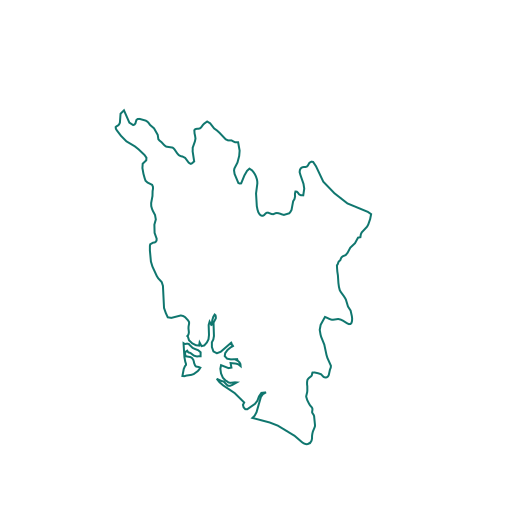 an SVG outline of Littoral, rotated 332°
{"feature_id": "CMR-1476", "entity_name": "Littoral", "entity_type": "Province", "adm_level": 1, "iso_a3": "CMR", "parent_name": "Cameroon", "parent_adm1": "", "projection": "equal_earth", "projection_center": [10.043, 4.313], "detail": "fine", "context": "isolated", "style": "outline", "palette": "teal", "viewbox_px": 512, "rotation_deg": 332, "n_neighbors": 0, "source": "natural_earth", "source_scale": "10m", "svg_char_len": 5903}
<svg xmlns="http://www.w3.org/2000/svg" viewBox="0 0 512 512"><g transform="rotate(332 256 256)"><path d="M215.7,446.6L215.7,446.2L213.6,446.4L212.2,445.9L211.1,444.9L210.1,443.7L209.2,442.0L205.7,433.0L195.6,416.0L189.9,409.4L176.8,397.3L179.8,396.4L183.1,394.2L194.2,382.7L197.2,381.2L200.8,381.1L196.5,379.4L192.7,381.4L189.2,384.5L185.6,386.1L176.3,387.2L174.6,386.2L174.0,383.8L174.6,381.3L176.8,379.8L172.8,367.0L166.3,354.9L164.5,350.3L163.7,346.0L167.1,350.5L167.9,351.0L168.6,351.9L169.7,355.8L170.3,357.3L172.0,358.4L174.4,358.7L179.6,358.6L178.2,357.7L173.9,356.0L172.6,355.0L172.0,354.2L171.7,353.3L170.7,351.7L169.6,347.9L170.0,343.2L171.6,338.8L173.9,336.0L179.1,342.1L181.9,343.0L183.3,338.6L187.8,341.6L189.6,343.4L190.7,346.0L191.5,344.1L191.5,342.2L190.9,340.3L189.8,338.6L190.3,338.5L191.7,338.6L185.3,335.5L182.3,333.1L181.4,329.7L183.2,327.3L186.7,325.6L190.5,324.8L193.4,324.7L193.4,323.9L193.2,323.4L192.5,322.2L192.9,322.0L193.2,322.0L193.4,321.8L193.4,320.9L179.9,324.0L175.8,323.5L173.6,320.3L174.3,315.7L176.5,311.5L179.1,309.7L181.3,306.9L187.2,294.9L191.2,292.2L191.8,291.2L192.4,289.4L192.0,288.3L189.8,289.6L187.3,292.1L186.1,293.8L185.1,295.9L184.2,295.9L184.2,292.2L181.8,294.7L177.4,303.7L174.9,307.3L172.0,309.3L168.3,310.7L165.6,310.0L165.6,305.9L163.7,308.4L161.1,306.6L158.7,303.2L157.3,299.0L158.1,294.7L157.9,294.4L158.8,294.1L159.8,293.3L160.9,291.9L162.4,288.2L163.4,286.5L165.1,284.4L165.9,282.9L165.8,281.0L164.7,276.8L163.6,274.9L161.7,273.2L152.2,270.9L149.3,268.7L149.6,263.9L150.4,258.7L159.8,238.7L160.5,234.8L159.2,229.8L159.0,227.1L159.6,216.7L160.6,211.6L164.9,201.3L167.1,197.2L168.1,196.0L171.3,195.9L173.0,196.5L174.1,196.4L175.4,195.7L176.4,194.1L177.3,188.0L181.0,180.6L184.7,176.7L186.1,172.4L186.1,167.7L186.3,165.6L186.9,162.8L188.3,160.0L192.7,154.5L195.2,150.1L196.6,148.3L197.5,146.5L197.7,144.4L194.7,140.2L193.8,137.7L194.2,135.1L195.2,130.6L197.0,125.0L199.3,121.3L204.0,120.0L205.4,117.8L205.0,114.5L202.4,106.7L200.5,102.3L195.4,93.9L193.2,86.5L192.1,79.7L192.0,77.9L192.6,76.3L193.7,76.0L195.2,76.0L196.8,75.6L198.4,74.4L203.2,66.8L207.8,65.4L206.8,78.8L209.0,82.7L210.4,82.9L211.8,82.3L213.1,80.9L214.4,79.7L215.9,79.5L217.7,80.4L222.2,84.7L223.1,86.3L223.6,87.7L224.0,90.6L225.9,95.4L226.1,102.9L224.6,107.1L224.8,107.9L225.0,108.8L226.0,111.1L226.9,114.6L227.5,116.2L228.1,117.3L233.2,121.1L233.7,122.1L234.1,123.6L234.6,128.3L235.1,130.4L235.2,130.7L235.9,131.8L237.0,133.1L237.7,133.5L239.5,136.1L240.4,142.0L241.5,143.9L242.2,144.1L242.7,144.1L243.1,144.1L244.0,143.9L244.5,143.7L245.8,143.5L249.2,133.8L250.2,132.1L250.9,130.7L255.9,126.1L257.7,123.9L258.6,121.4L259.3,118.9L260.6,116.0L261.9,115.5L263.5,115.9L264.9,116.6L266.4,117.0L267.9,116.7L270.8,115.3L272.4,114.8L276.0,114.3L277.8,117.3L278.9,123.7L280.4,126.7L281.6,130.0L284.0,138.7L285.6,140.8L288.6,142.4L289.9,144.4L291.0,145.8L293.6,147.2L291.0,155.3L288.1,159.8L283.5,164.8L278.0,168.6L276.8,170.1L275.6,173.5L274.7,183.3L275.7,184.4L277.0,184.9L283.6,179.4L288.1,176.6L291.2,175.8L292.7,178.5L293.2,181.0L293.4,183.4L293.3,185.7L292.8,188.7L292.2,190.6L291.3,192.5L285.4,200.8L280.1,212.4L279.1,215.7L278.6,218.5L278.7,220.3L278.9,221.4L279.2,222.1L279.7,222.9L280.9,223.7L282.4,223.7L284.0,223.1L285.5,222.8L286.9,223.3L289.5,226.3L290.9,227.2L292.0,227.3L293.4,227.4L294.3,227.7L295.7,228.6L297.2,230.0L298.3,231.3L299.9,232.8L305.4,233.9L307.1,233.2L309.0,232.0L314.5,225.1L316.7,223.8L318.5,221.7L318.9,220.7L319.7,219.2L321.1,217.6L322.2,218.3L322.7,219.6L323.0,221.8L324.0,223.3L326.2,224.6L330.2,219.2L331.8,214.6L333.3,205.1L333.9,202.4L335.2,200.6L336.7,199.6L338.4,199.4L340.1,199.9L341.6,200.7L343.0,200.9L344.2,200.5L346.7,198.9L348.2,198.7L349.4,198.8L350.6,199.8L351.1,205.0L350.3,222.0L354.7,237.4L361.4,252.5L375.5,269.6L376.0,270.6L377.3,273.1L374.1,277.0L369.9,280.9L368.7,281.7L367.7,282.3L360.4,284.8L358.7,286.1L357.0,288.4L354.7,287.7L349.4,291.2L343.2,292.9L338.3,296.2L335.6,297.3L332.5,297.0L331.0,297.3L330.0,297.9L329.2,298.6L328.4,299.3L326.9,299.6L326.0,300.0L324.2,301.7L323.1,302.2L322.0,304.5L320.5,307.9L319.2,311.6L316.1,318.5L314.7,322.3L313.9,325.6L314.0,327.8L314.7,332.6L314.9,335.1L314.9,336.7L313.5,343.8L313.9,348.6L312.4,354.1L311.5,356.4L310.3,358.4L308.9,359.9L307.5,360.4L306.0,359.7L304.8,358.1L302.4,353.9L300.9,351.9L299.0,350.2L294.5,348.6L293.2,348.0L292.3,347.2L291.0,345.7L290.0,344.3L288.3,342.2L280.8,347.1L277.6,351.1L276.1,355.6L275.6,357.8L274.7,366.3L271.8,376.4L271.2,379.4L270.6,388.1L270.1,388.9L269.7,389.5L269.2,390.0L268.0,391.0L264.6,395.0L263.9,395.6L263.0,396.1L262.6,396.2L262.1,396.3L261.7,396.3L261.0,396.2L260.3,395.9L259.8,395.5L258.9,394.5L257.9,390.9L255.7,388.6L253.1,386.4L251.2,385.4L250.8,385.7L250.6,385.9L249.7,387.1L249.3,387.5L249.0,387.7L248.5,388.0L245.3,388.6L244.5,388.9L243.6,389.3L243.1,389.7L242.8,390.1L241.9,391.3L241.2,392.6L240.7,393.6L240.2,395.0L238.2,398.8L237.3,400.2L234.9,402.9L234.4,403.5L234.2,404.1L233.6,407.2L233.5,410.9L233.6,413.2L234.2,415.8L234.2,416.3L234.2,417.0L233.9,417.7L233.6,418.3L232.3,420.1L232.1,420.6L232.1,421.4L232.3,423.3L232.2,424.2L232.1,424.8L231.9,425.2L228.7,433.0L228.2,433.9L227.3,434.8L223.8,437.7L222.3,439.4L221.0,441.2L219.8,443.4L218.9,444.5L218.1,445.3L215.8,446.6L215.7,446.6ZM151.1,299.0L151.7,300.1L152.8,300.7L154.0,301.0L155.4,302.2L155.5,303.0L156.9,307.4L158.5,309.5L160.7,312.0L161.9,315.0L160.0,318.5L158.1,317.5L157.1,317.2L156.2,316.6L154.4,314.8L152.6,310.9L151.9,310.1L151.3,309.7L150.9,308.9L150.8,307.3L149.1,307.5L147.9,308.3L147.2,309.5L147.0,311.6L150.7,314.5L151.6,316.0L151.9,318.2L151.6,319.8L151.1,321.5L150.8,324.1L151.2,325.5L153.3,327.1L154.4,328.5L152.6,329.5L150.5,330.3L145.6,331.0L143.1,330.6L138.4,328.9L136.3,328.5L134.7,327.4L139.2,321.8L141.6,319.9L142.9,319.4L143.3,318.9L143.6,318.1L143.9,316.2L145.3,311.7L150.7,299.8L151.1,299.0Z" fill="none" stroke="#0f766e" stroke-width="2"/></g></svg>